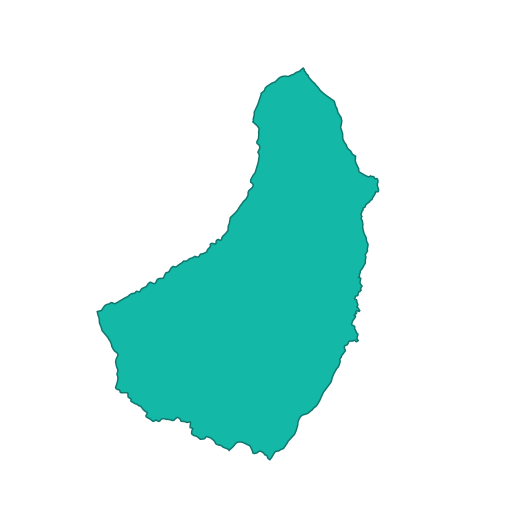 the district of Fatumean, Cova Lima, East Timor, rotated 202°
{"feature_id": "22284137B11881161065747", "entity_name": "Fatumean", "entity_type": "district", "adm_level": 2, "iso_a3": "TLS", "parent_name": "East Timor", "parent_adm1": "Cova Lima", "projection": "natural_earth1", "projection_center": [125.027, -9.247], "detail": "fine", "context": "isolated", "style": "filled", "palette": "teal", "viewbox_px": 512, "rotation_deg": 202, "n_neighbors": 0, "source": "geoboundaries", "source_scale": "gbopen_adm2", "svg_char_len": 6049}
<svg xmlns="http://www.w3.org/2000/svg" viewBox="0 0 512 512"><g transform="rotate(202 256 256)"><path d="M382.4,145.0L380.4,142.1L378.2,139.7L376.0,135.2L372.8,131.9L370.8,129.2L362.4,124.7L361.8,124.0L359.0,122.1L357.2,120.3L355.8,118.1L353.3,116.0L351.4,114.8L348.6,114.2L347.0,112.7L346.8,111.9L347.0,108.0L346.5,105.2L344.5,102.1L342.8,100.0L342.2,99.6L341.3,98.2L340.9,97.2L340.7,94.3L339.0,92.5L338.1,90.6L337.3,87.0L336.9,81.5L336.0,80.6L334.2,80.3L332.9,80.7L331.9,80.4L330.9,78.9L329.7,78.7L326.1,80.3L323.8,80.9L323.3,80.7L322.1,78.0L321.5,77.2L318.0,76.5L318.0,75.4L317.5,74.5L313.3,73.8L310.5,73.9L308.9,73.3L306.6,73.5L303.1,71.4L302.2,71.2L301.7,70.7L298.2,70.1L298.0,68.8L298.2,66.7L297.7,65.8L294.2,65.2L293.1,65.2L289.7,64.1L288.5,64.8L287.3,66.5L284.5,66.1L283.9,66.4L283.4,67.1L282.6,69.2L282.2,69.8L281.3,70.3L279.4,70.9L277.9,70.9L276.5,71.6L274.4,71.9L273.3,72.3L272.3,72.1L271.5,72.3L270.5,73.0L269.8,74.8L268.9,76.5L267.9,77.0L266.9,76.9L264.8,76.1L264.1,75.0L263.4,74.8L259.8,75.8L258.1,75.7L257.0,76.1L255.7,77.2L254.6,77.4L254.1,76.6L253.1,72.6L252.6,72.2L251.5,72.4L249.9,72.3L250.0,69.9L249.7,68.5L249.0,67.0L246.6,66.2L243.9,66.6L242.9,66.5L239.0,65.2L235.7,66.9L234.9,68.1L234.6,69.7L234.1,70.1L230.6,70.3L229.7,70.3L225.8,69.1L224.4,68.3L223.2,67.0L222.0,66.7L219.3,66.7L218.0,67.3L215.6,66.8L215.0,66.4L209.7,66.5L208.1,65.7L205.6,71.1L204.7,74.4L203.7,76.0L202.1,77.2L200.0,78.0L197.8,78.2L190.5,77.7L187.3,74.9L186.0,73.5L185.2,72.3L183.9,72.1L182.8,72.7L181.7,73.5L179.4,76.7L177.8,76.7L175.4,76.3L173.1,74.9L171.7,75.2L171.1,75.0L169.7,73.4L168.6,72.6L166.8,72.3L166.1,74.7L165.2,80.7L164.5,82.2L161.9,83.8L160.9,85.4L158.4,87.8L157.0,94.2L156.9,96.0L153.5,105.1L153.4,109.8L154.0,115.1L154.5,116.2L155.0,118.8L154.9,121.8L154.2,124.6L152.5,126.8L151.6,127.2L149.1,129.4L146.2,134.5L145.6,136.6L144.0,139.3L143.5,141.1L142.8,145.5L142.7,150.4L142.4,155.0L139.5,165.9L139.2,168.0L139.7,171.2L139.8,175.3L139.0,181.8L138.2,183.8L138.1,185.1L138.1,187.3L138.5,189.9L139.6,191.7L139.4,193.4L139.0,194.0L139.3,195.8L138.7,197.3L138.3,199.4L137.7,201.1L137.9,202.2L139.2,203.2L140.0,204.7L140.0,206.2L138.2,207.8L137.9,209.1L137.9,211.0L137.2,212.3L134.3,213.4L133.6,214.6L132.5,214.9L131.6,214.1L130.7,214.2L130.0,215.0L129.6,216.0L131.5,217.1L131.8,218.4L132.1,221.3L132.4,221.9L134.1,222.4L135.3,223.9L137.3,225.5L138.0,227.5L138.4,227.8L141.4,228.1L141.8,228.5L142.1,231.4L141.8,233.3L141.0,236.5L141.1,237.4L141.5,237.7L142.5,237.6L142.8,238.0L142.1,239.5L141.3,240.3L141.4,240.9L142.2,240.8L142.6,241.1L142.7,241.6L142.3,242.9L139.6,243.3L139.3,244.2L142.2,246.2L143.1,246.3L143.5,246.8L143.1,247.8L143.2,248.8L144.3,250.2L145.1,250.8L145.9,252.5L146.7,253.1L148.0,252.9L148.6,253.3L148.5,256.0L148.0,256.7L147.0,257.3L146.8,257.9L147.3,259.7L147.2,261.4L146.3,261.9L146.3,262.7L145.7,263.6L146.6,264.3L146.8,266.1L146.4,267.5L146.6,268.1L147.7,268.5L149.7,270.2L150.5,274.5L152.9,274.7L152.4,275.6L153.3,278.2L153.1,279.7L153.6,281.0L153.6,281.7L152.8,284.0L152.0,290.6L152.9,292.5L153.7,296.3L154.6,297.2L155.2,298.3L154.5,302.2L154.6,302.8L155.3,303.8L156.3,308.4L156.7,308.7L156.7,309.1L158.8,310.9L161.0,314.6L164.2,317.3L167.2,321.4L168.3,323.6L168.6,325.2L170.8,328.7L172.3,329.7L172.7,330.5L172.6,332.3L173.6,333.0L173.8,333.5L174.3,334.0L174.3,336.4L174.6,336.8L174.6,337.3L174.1,338.0L174.0,338.9L174.6,340.0L174.7,340.7L173.5,341.7L173.2,342.5L173.4,344.0L173.3,344.8L171.5,348.0L171.2,348.3L170.6,350.7L169.7,351.6L169.6,354.3L169.0,357.4L168.9,358.8L169.2,359.6L169.0,360.3L167.1,361.1L166.8,361.6L167.2,363.4L169.9,366.8L170.6,368.8L170.6,370.2L171.2,371.6L172.3,372.9L173.3,373.0L174.6,372.2L175.2,372.5L176.1,373.4L177.2,373.6L179.1,372.8L179.7,373.2L181.3,371.4L185.7,371.7L192.2,372.7L193.7,375.7L195.9,377.3L196.2,378.0L197.1,378.5L199.5,381.2L201.1,385.9L204.7,386.4L207.4,388.7L210.6,389.8L212.0,390.7L214.6,393.3L216.9,394.7L218.8,396.5L219.6,397.5L221.5,401.8L225.9,407.2L226.1,409.7L227.0,413.3L229.0,416.3L233.7,419.6L235.9,422.7L238.7,425.2L240.4,427.6L241.7,428.9L250.2,430.9L254.8,432.2L258.5,433.6L261.3,435.4L264.7,437.0L265.4,437.6L269.1,438.9L274.3,441.6L275.4,443.0L276.5,443.5L277.3,443.5L279.1,445.2L280.3,445.4L280.8,446.6L281.4,447.2L282.7,447.9L285.1,443.3L287.5,441.3L289.4,438.1L290.3,437.8L293.3,434.5L296.4,433.7L298.3,432.7L299.8,431.5L301.3,429.7L303.4,424.7L306.2,422.0L309.4,417.4L310.3,415.4L310.2,412.6L310.8,411.1L312.2,408.9L311.7,407.2L311.1,397.1L311.5,388.7L310.4,386.0L310.0,382.3L309.1,380.5L309.2,379.2L303.6,377.2L301.1,375.5L300.2,373.4L300.2,372.3L298.8,369.5L297.7,365.7L298.0,362.1L297.5,361.1L296.7,360.6L294.4,359.9L293.0,357.9L292.9,356.0L293.2,353.0L291.3,351.5L290.6,350.5L289.0,343.7L288.0,333.1L288.9,329.6L289.4,325.2L289.2,323.6L288.4,322.3L286.9,322.1L285.5,321.2L285.0,320.2L284.9,319.1L285.3,317.7L287.2,313.7L287.1,312.0L286.2,309.5L286.2,308.2L286.5,305.8L286.8,304.5L287.8,302.6L288.2,301.2L289.6,295.6L290.3,291.3L291.3,288.4L294.2,282.0L292.9,276.2L292.9,273.2L291.7,269.9L291.6,268.7L292.7,265.1L294.1,262.2L294.5,260.5L294.2,259.2L294.4,257.5L295.3,257.1L297.1,257.2L297.8,256.8L298.3,255.9L298.5,254.7L297.8,252.8L298.1,252.0L298.9,251.7L301.3,251.4L302.1,250.9L302.7,250.1L302.7,249.2L302.1,248.7L301.9,247.9L302.0,247.0L303.3,243.9L303.3,241.1L306.0,238.3L308.2,236.9L308.8,233.8L309.6,233.1L312.5,232.8L314.8,229.9L316.1,229.1L316.9,228.2L318.0,225.8L318.8,225.1L321.0,224.3L321.6,223.5L322.0,222.1L324.2,219.1L325.6,216.5L327.0,215.4L328.7,215.4L329.4,214.9L330.3,212.8L330.7,209.4L331.3,208.1L333.2,206.8L333.6,202.8L333.4,202.0L333.8,200.6L337.4,198.8L338.4,197.8L338.9,196.4L338.9,194.0L339.2,193.0L340.2,192.2L341.1,192.0L344.0,192.2L344.7,191.6L345.7,189.6L346.0,187.2L346.7,186.0L349.3,183.4L349.9,182.4L350.4,179.2L351.1,178.9L353.5,178.6L354.0,177.9L354.5,176.0L356.6,175.0L357.5,174.1L358.4,173.0L359.7,170.3L361.8,168.1L368.1,159.8L369.0,159.0L369.8,158.7L370.6,158.6L371.5,158.9L372.8,158.6L374.3,156.5L376.5,154.9L377.7,153.1L378.9,147.6L382.4,145.0Z" fill="#14b8a6" stroke="#0f766e" stroke-width="1.5"/></g></svg>